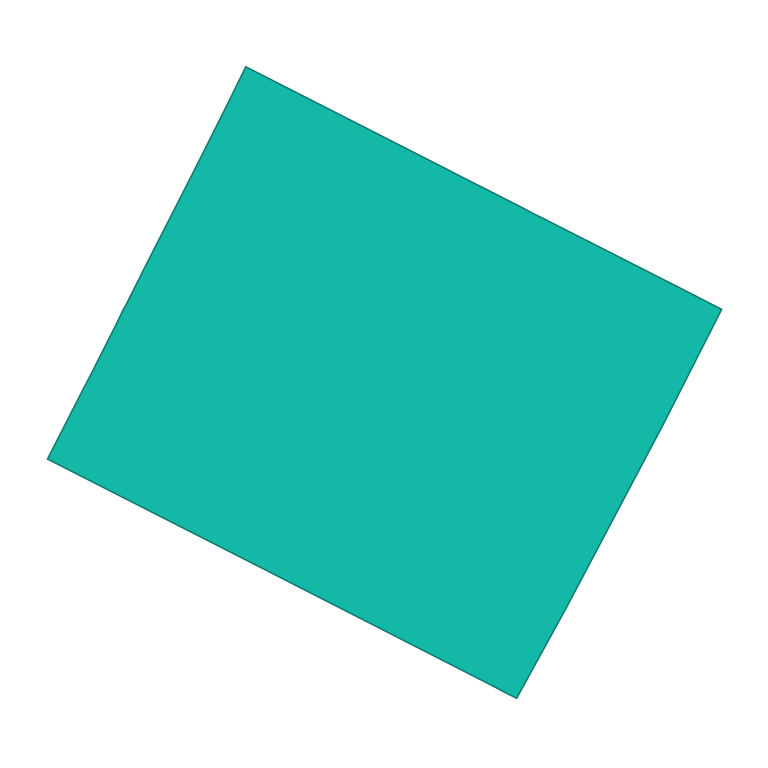 outline of Harding, South Dakota, United States of America, rotated 27°
{"feature_id": "52423323B85259623933705", "entity_name": "Harding", "entity_type": "district", "adm_level": 2, "iso_a3": "USA", "parent_name": "United States of America", "parent_adm1": "South Dakota", "projection": "robinson", "projection_center": [-103.51, 45.579], "detail": "fine", "context": "isolated", "style": "filled", "palette": "teal", "viewbox_px": 768, "rotation_deg": 27, "n_neighbors": 0, "source": "geoboundaries", "source_scale": "gbopen_adm2", "svg_char_len": 734}
<svg xmlns="http://www.w3.org/2000/svg" viewBox="0 0 768 768"><g transform="rotate(27 384 384)"><path d="M625.0,164.1L610.3,164.1L599.8,164.0L585.0,164.1L575.6,164.1L554.7,164.1L544.9,164.1L521.0,164.1L517.2,164.1L485.4,164.2L444.2,164.2L441.2,164.4L423.8,164.1L420.6,164.1L413.6,164.1L412.4,164.1L352.5,164.2L343.6,164.1L303.0,164.1L299.3,164.1L116.8,164.1L117.4,202.1L117.4,208.1L117.5,210.2L117.9,281.3L117.9,396.6L118.0,401.0L118.0,407.9L118.2,429.4L118.1,431.4L117.9,436.9L118.3,453.8L118.4,495.3L118.5,506.9L118.3,524.2L118.3,529.9L118.2,603.7L350.5,603.5L623.8,603.7L630.0,604.0L644.9,603.8L648.1,499.6L651.2,291.6L651.0,164.2L627.8,164.1L625.2,164.1L625.0,164.1Z" fill="#14b8a6" stroke="#0f766e" stroke-width="1.5"/></g></svg>